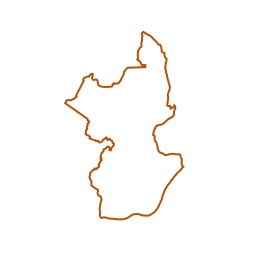 Breves, Pará, Brazil, rotated 209°
{"feature_id": "56859067B92233962013090", "entity_name": "Breves", "entity_type": "district", "adm_level": 2, "iso_a3": "BRA", "parent_name": "Brazil", "parent_adm1": "Pará", "projection": "equal_earth", "projection_center": [-50.568, -1.157], "detail": "fine", "context": "isolated", "style": "outline", "palette": "amber", "viewbox_px": 256, "rotation_deg": 209, "n_neighbors": 0, "source": "geoboundaries", "source_scale": "gbopen_adm2", "svg_char_len": 5907}
<svg xmlns="http://www.w3.org/2000/svg" viewBox="0 0 256 256"><g transform="rotate(209 128 128)"><path d="M73.6,58.2L72.6,58.9L71.3,59.3L69.8,60.2L68.9,60.5L67.7,61.2L66.9,62.2L66.2,63.3L64.1,67.3L63.9,68.0L63.6,69.5L63.4,71.5L63.3,74.4L63.4,76.1L63.9,81.9L64.3,83.4L64.9,85.6L65.2,87.5L65.4,89.5L65.7,91.3L65.8,92.5L65.6,94.3L65.6,95.9L65.5,96.8L65.5,97.7L65.0,99.6L64.8,101.2L64.9,102.7L64.1,105.4L64.2,107.7L64.0,108.3L63.5,109.4L63.3,111.4L62.7,113.5L62.6,114.2L61.8,116.2L61.6,117.1L61.4,118.7L61.1,120.0L60.8,121.0L61.7,121.2L62.3,121.4L63.5,122.4L64.2,123.4L64.8,124.6L65.3,125.9L65.7,126.6L66.1,127.1L67.4,127.8L68.2,128.6L68.6,129.1L69.5,129.9L70.1,129.9L70.7,129.7L73.0,128.4L75.6,127.5L77.3,126.6L78.4,125.8L81.0,123.3L82.3,122.4L83.2,122.3L84.9,122.7L86.9,122.2L87.7,122.1L88.5,122.2L90.0,122.6L91.9,124.4L93.9,126.9L94.6,127.5L95.5,128.5L96.5,129.2L97.8,129.8L99.2,130.7L99.7,131.5L100.0,132.4L100.5,133.6L100.8,133.9L101.1,134.0L102.3,134.0L102.6,134.1L102.8,134.4L103.6,136.7L104.0,138.1L104.2,140.0L104.3,141.5L104.1,143.4L103.8,144.4L103.2,144.5L102.8,145.3L101.4,146.2L100.0,147.7L99.4,148.9L98.4,151.2L97.8,153.4L97.2,155.0L96.6,156.1L95.8,157.2L95.2,158.3L94.6,159.2L94.6,159.8L94.5,160.4L94.3,160.8L94.2,161.7L94.4,162.1L94.6,162.4L94.9,162.8L95.6,164.6L96.2,167.8L96.4,168.7L96.6,169.0L97.7,169.9L98.3,170.2L98.2,169.6L98.5,168.2L99.3,167.1L99.4,166.6L99.7,166.2L100.2,165.6L100.5,165.9L100.8,166.6L101.2,167.0L101.4,167.4L101.9,167.7L103.3,166.8L104.6,166.7L105.2,167.9L105.6,169.2L106.7,172.0L107.9,174.7L109.0,175.8L109.5,176.8L110.3,181.9L110.7,182.9L111.5,184.5L113.0,186.0L114.3,187.2L115.7,188.8L117.1,190.1L118.8,192.1L119.5,193.1L121.2,194.6L122.0,195.6L122.4,196.3L123.7,197.5L124.4,198.5L125.0,199.6L125.3,200.5L126.1,202.3L127.0,205.5L127.7,207.0L128.0,207.2L129.5,207.7L130.3,208.2L130.9,208.8L132.3,211.0L132.8,211.3L133.1,211.3L134.3,210.8L134.8,210.9L135.4,211.2L136.4,212.4L136.8,213.1L138.1,214.8L139.1,215.7L140.4,216.3L140.7,216.3L141.2,215.9L141.8,215.7L142.1,215.8L143.5,216.7L143.9,216.8L147.1,217.7L148.7,218.1L151.3,219.1L152.5,219.3L154.7,219.4L155.7,219.2L157.3,219.3L159.1,219.3L161.1,219.5L161.4,219.3L161.6,217.8L161.5,217.2L160.7,216.2L160.1,215.8L159.8,214.8L159.3,213.4L158.1,211.1L157.7,209.3L157.5,208.6L156.0,206.5L155.9,206.0L155.9,205.5L156.6,203.0L156.6,202.4L156.4,200.0L156.2,199.4L154.3,195.7L153.3,194.6L153.1,194.0L153.1,193.0L153.0,192.3L152.6,192.1L151.6,192.4L150.8,191.9L149.8,191.9L149.3,191.7L147.8,190.7L147.5,190.3L147.1,190.1L146.5,190.2L145.8,189.7L145.5,190.1L145.1,190.3L144.6,190.8L144.3,191.0L143.9,190.9L143.3,191.4L142.9,190.4L142.4,189.6L157.5,180.6L158.2,178.8L158.4,178.1L158.4,177.4L158.2,176.8L158.7,174.9L157.9,173.1L157.7,170.9L157.8,169.8L157.7,169.4L157.6,166.8L157.4,166.5L157.6,166.0L157.6,165.0L157.8,164.6L157.8,163.7L157.9,163.2L157.9,162.8L158.1,162.4L158.4,161.9L159.1,161.8L159.3,161.4L160.9,160.7L161.1,160.4L161.3,160.0L161.6,160.3L161.9,160.3L162.3,159.9L162.4,159.2L162.6,158.8L162.0,156.6L163.0,155.8L164.6,154.9L166.3,153.6L167.8,152.9L168.9,152.2L171.9,151.2L173.3,151.0L174.1,151.0L174.6,151.1L174.9,151.3L175.5,151.9L177.4,154.4L178.7,155.1L179.5,155.1L180.6,154.0L181.2,153.4L181.6,153.3L181.9,153.2L182.6,153.4L183.3,153.9L183.8,154.6L184.5,157.1L184.9,158.1L185.4,158.2L186.0,157.9L186.2,157.6L186.9,155.9L187.1,154.0L187.9,153.7L188.5,153.2L189.0,152.7L189.5,151.9L189.7,151.5L190.4,151.1L190.7,150.6L190.5,148.2L189.6,147.8L189.1,131.2L188.8,131.0L188.1,130.5L188.8,129.5L189.3,127.6L189.6,127.1L190.7,125.9L190.8,125.4L191.0,124.9L192.6,123.9L193.2,123.7L193.5,123.7L193.9,123.5L194.3,122.8L194.8,122.5L195.2,122.1L195.2,121.5L194.8,120.6L195.0,119.7L195.0,119.3L167.7,116.3L167.3,115.6L166.8,115.0L166.0,115.1L165.2,114.8L164.9,114.6L164.9,114.0L165.4,112.5L165.3,111.9L164.7,111.1L164.3,108.7L164.0,108.2L163.3,107.3L163.5,105.6L163.0,104.5L162.8,103.6L162.5,103.2L162.3,102.6L162.1,102.1L161.1,102.1L160.3,101.9L159.6,102.1L158.6,102.2L157.4,102.2L156.8,101.9L156.7,101.5L156.8,101.0L156.8,100.5L156.4,100.4L154.9,100.3L151.4,101.3L150.1,101.1L149.5,101.1L149.1,101.2L148.3,102.2L147.8,102.4L147.5,102.3L146.8,101.7L146.3,101.5L145.9,101.5L145.5,101.8L144.5,102.8L144.3,103.3L144.1,103.9L144.1,105.5L144.0,106.1L143.3,106.9L143.1,107.3L142.5,109.2L142.1,109.3L141.8,109.2L141.1,108.2L140.5,107.7L140.1,107.7L139.8,107.8L139.5,108.3L139.2,109.2L138.9,109.6L138.5,109.6L137.3,108.9L136.4,109.1L135.6,109.1L134.3,107.5L132.8,107.6L132.5,107.2L132.3,106.7L132.2,106.0L132.4,104.0L132.7,102.7L132.7,102.0L132.5,101.4L132.2,100.8L132.2,100.3L132.4,99.9L133.2,99.8L133.6,99.9L133.8,100.3L134.2,101.3L134.7,102.0L135.1,102.3L135.6,102.3L136.8,101.7L137.2,101.2L137.4,99.7L137.5,99.3L137.8,98.8L138.7,98.0L138.9,97.6L138.9,97.2L138.8,96.8L138.2,96.0L138.1,95.3L138.7,94.4L138.8,93.9L138.7,91.7L138.2,89.6L138.0,89.3L137.6,89.2L137.3,89.2L136.9,89.1L136.8,88.5L137.0,87.9L136.8,87.4L135.6,87.3L135.4,87.0L135.5,86.6L136.0,85.8L136.0,85.3L135.7,84.5L135.7,83.7L136.0,82.1L135.6,81.6L135.2,81.3L135.0,80.9L134.7,80.3L134.7,79.8L135.3,78.8L135.9,76.4L136.2,76.1L136.9,76.7L137.3,76.6L137.6,76.0L137.7,75.0L138.0,74.5L138.2,74.2L138.4,73.2L139.0,71.7L139.2,70.8L139.1,70.3L138.7,69.5L138.0,66.6L136.6,65.1L134.9,64.1L134.3,63.6L133.7,62.9L133.2,61.7L132.4,60.4L131.3,59.8L129.3,59.7L127.7,59.4L124.7,59.4L123.9,58.9L123.5,57.9L122.9,56.0L122.7,55.7L121.9,55.1L121.0,54.7L119.7,54.8L119.0,54.9L118.6,54.8L117.3,53.6L116.4,52.7L116.2,52.2L116.0,50.3L115.7,48.8L115.1,47.7L114.7,46.7L113.7,43.5L112.9,42.4L111.7,40.9L110.9,39.1L109.9,37.6L108.7,36.6L108.4,36.5L108.0,36.5L107.3,36.7L106.9,37.1L106.4,37.6L105.1,38.5L103.9,39.0L100.6,39.7L99.9,40.0L99.1,40.3L98.0,41.0L92.5,43.3L90.4,44.3L89.8,44.8L87.8,46.0L86.8,46.9L86.5,47.3L86.2,47.5L84.9,49.1L83.4,51.7L82.3,53.9L81.1,55.4L80.6,55.7L79.6,56.5L79.0,56.8L78.8,57.1L77.7,57.5L75.1,58.3L73.6,58.2Z" fill="none" stroke="#b45309" stroke-width="2"/></g></svg>